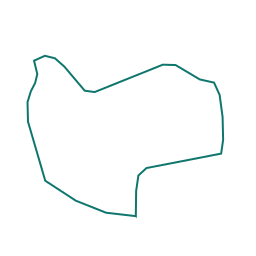 the Metropolitan department of Val-de-Marne, rotated 168°
{"feature_id": "FRA-5350", "entity_name": "Val-de-Marne", "entity_type": "Metropolitan department", "adm_level": 1, "iso_a3": "FRA", "parent_name": "France", "parent_adm1": "", "projection": "orthographic", "projection_center": [2.475, 48.774], "detail": "fine", "context": "isolated", "style": "outline", "palette": "teal", "viewbox_px": 256, "rotation_deg": 168, "n_neighbors": 0, "source": "natural_earth", "source_scale": "10m", "svg_char_len": 483}
<svg xmlns="http://www.w3.org/2000/svg" viewBox="0 0 256 256"><g transform="rotate(168 128 128)"><path d="M138.7,40.1L138.8,40.2L167.1,49.7L194.1,67.7L219.9,93.6L224.5,155.0L220.9,174.2L215.4,184.1L209.5,191.3L205.5,199.6L205.9,213.4L194.3,215.9L185.0,211.4L177.5,201.3L162.6,173.5L153.2,170.1L80.8,182.7L68.4,179.7L47.7,160.6L34.4,154.5L31.5,141.3L33.2,119.0L37.4,96.7L42.2,83.6L118.2,85.0L127.7,79.4L133.1,64.8L138.7,40.1Z" fill="none" stroke="#0f766e" stroke-width="2"/></g></svg>